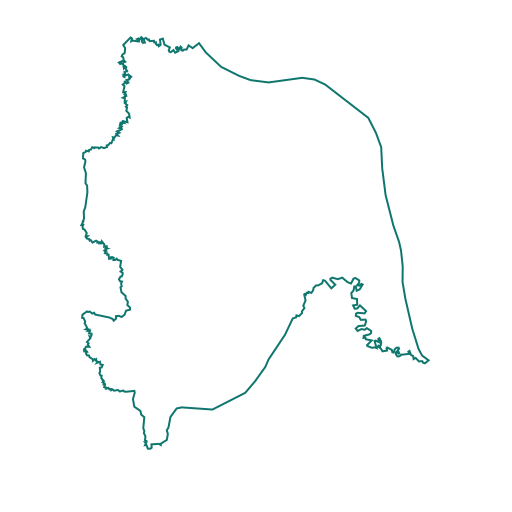 outline of Rattanawapi, Nong Khai, Thailand, rotated 97°
{"feature_id": "78962969B97368388626717", "entity_name": "Rattanawapi", "entity_type": "district", "adm_level": 2, "iso_a3": "THA", "parent_name": "Thailand", "parent_adm1": "Nong Khai", "projection": "mercator", "projection_center": [103.26, 18.207], "detail": "fine", "context": "isolated", "style": "outline", "palette": "teal", "viewbox_px": 512, "rotation_deg": 97, "n_neighbors": 0, "source": "geoboundaries", "source_scale": "gbopen_adm2", "svg_char_len": 6055}
<svg xmlns="http://www.w3.org/2000/svg" viewBox="0 0 512 512"><g transform="rotate(97 256 256)"><path d="M331.6,417.0L335.4,421.1L338.6,421.0L338.6,419.6L342.0,417.5L343.6,417.9L348.4,414.5L349.4,415.8L349.4,412.8L350.8,413.9L350.6,411.7L353.2,412.3L353.1,409.8L353.9,409.5L356.1,410.1L356.0,411.4L357.8,410.4L362.0,413.3L363.1,411.5L364.5,412.1L366.5,410.4L366.7,413.6L369.1,414.6L370.7,413.2L370.0,415.2L371.6,414.9L371.6,412.2L373.5,412.9L375.2,411.6L375.1,409.6L376.7,408.9L378.4,405.3L379.8,405.1L378.0,403.6L378.7,402.9L378.0,402.1L379.6,401.9L380.2,400.1L381.4,400.8L380.0,398.0L382.6,397.2L382.8,394.9L385.5,395.7L385.9,397.4L390.0,396.6L391.3,397.2L393.5,395.9L393.6,394.6L396.0,394.7L398.1,392.4L398.1,393.1L399.8,392.0L400.2,392.6L401.1,390.8L402.1,391.4L402.2,390.2L404.6,390.7L404.7,389.2L406.9,388.9L405.6,388.7L404.9,386.5L405.7,386.3L405.8,384.6L406.7,385.4L405.8,383.4L406.8,383.2L406.0,382.0L407.0,380.5L405.8,376.6L407.1,374.7L405.7,371.3L406.6,370.3L406.5,368.0L404.7,360.3L406.4,359.7L413.0,360.7L420.4,358.4L423.9,351.8L427.4,350.6L429.6,347.2L440.7,346.9L443.3,345.5L445.4,345.7L448.4,343.8L452.4,343.7L453.1,342.0L454.5,342.1L454.5,343.2L455.2,342.4L457.3,343.1L457.0,341.7L460.4,339.9L460.1,337.3L459.0,336.2L455.7,336.8L454.3,329.5L455.2,327.5L453.9,327.6L449.4,322.1L443.5,321.8L439.8,323.3L437.0,322.0L426.2,321.3L417.0,316.2L415.3,311.2L413.7,280.5L393.1,250.0L380.5,241.7L365.1,233.3L357.1,230.9L330.6,217.6L313.5,211.9L311.9,208.6L310.0,208.6L310.4,206.0L307.1,203.4L305.2,203.6L301.8,201.6L299.6,203.0L294.0,201.4L288.3,203.5L287.7,202.8L288.4,201.8L286.3,201.2L286.4,199.6L285.2,199.5L285.9,196.6L283.1,195.1L280.7,195.0L277.9,192.8L277.6,190.7L275.0,187.1L271.8,186.4L272.1,184.5L278.9,177.3L274.8,173.8L270.7,179.2L269.6,179.4L268.2,177.7L269.0,171.9L267.0,167.8L270.8,161.9L271.7,158.3L266.7,156.5L265.7,154.8L267.7,150.5L270.0,150.4L272.8,152.1L272.8,149.8L270.9,148.0L271.3,146.7L276.4,149.0L278.2,151.8L274.2,153.3L274.2,154.7L278.4,155.0L281.2,156.9L286.0,155.6L286.4,150.5L292.0,149.6L293.2,153.6L296.3,151.6L295.8,149.2L292.4,146.8L297.3,140.0L299.7,141.2L300.0,148.3L301.1,149.7L303.2,149.6L304.1,146.1L306.6,144.2L305.8,139.6L307.5,138.7L311.8,139.6L313.0,145.7L315.9,148.2L318.0,146.0L315.7,142.4L315.9,139.0L314.1,137.2L316.4,132.5L318.5,132.4L319.9,133.7L322.1,139.3L324.2,139.3L323.7,137.5L325.3,136.8L325.7,130.9L330.9,134.9L331.7,134.6L333.0,129.6L332.2,127.0L332.7,125.0L326.0,128.0L325.4,127.2L326.5,123.5L323.4,124.5L322.5,123.5L325.6,121.4L328.1,121.1L330.3,121.7L330.0,123.4L331.0,124.0L332.3,121.2L335.2,118.8L333.9,114.4L331.7,115.2L330.8,114.7L332.6,109.8L334.9,108.9L335.1,107.5L331.7,107.0L329.9,105.3L329.6,103.3L330.5,102.7L332.3,103.8L335.2,101.9L335.5,102.8L333.8,104.6L334.5,105.3L336.6,105.1L338.4,103.5L338.1,101.5L336.2,99.5L334.5,92.0L332.4,93.1L331.5,92.1L335.3,90.1L336.2,87.8L339.1,87.0L337.7,85.2L340.8,81.4L340.1,78.2L341.7,76.9L341.9,75.2L338.5,72.0L334.6,79.0L328.5,83.3L309.0,92.1L280.3,102.5L263.9,107.4L248.5,109.1L233.0,112.7L224.6,115.7L209.0,123.4L179.7,134.8L153.7,141.4L132.7,145.0L119.3,151.9L105.2,161.4L77.4,208.2L73.7,219.5L73.5,231.8L82.2,264.7L82.1,282.8L79.3,294.6L72.5,313.7L60.0,330.7L51.7,338.5L57.4,344.2L55.2,348.6L59.5,350.0L59.9,352.6L61.2,353.8L60.8,355.2L58.2,355.3L57.4,356.4L60.1,357.4L58.2,359.5L58.5,360.5L59.4,360.9L62.2,358.2L64.1,361.0L61.7,363.0L64.1,365.5L63.7,367.0L62.3,367.7L59.5,366.9L57.4,372.6L51.6,375.0L52.9,377.7L58.1,376.4L59.6,378.1L58.1,378.7L58.7,379.9L57.7,381.2L56.1,381.4L56.4,383.0L54.8,383.5L55.7,387.8L54.1,388.7L54.6,389.7L53.0,391.8L54.4,394.0L57.7,392.3L58.2,394.3L56.9,395.5L53.6,395.3L52.8,396.6L54.9,397.5L54.4,399.1L55.2,400.5L56.4,398.4L57.4,398.4L57.2,404.5L58.1,406.0L55.2,405.6L54.4,407.1L62.8,413.5L65.6,411.2L70.6,411.1L72.4,413.2L74.3,413.6L74.9,412.1L77.9,411.1L79.1,409.5L79.8,411.0L78.5,411.9L80.7,415.7L82.0,414.2L80.5,412.5L81.5,413.0L81.5,411.3L85.5,410.1L83.4,409.2L84.4,407.7L86.0,408.3L88.8,405.8L88.3,407.0L89.5,409.0L91.7,407.8L92.1,409.8L94.0,409.5L94.4,408.4L93.1,408.5L91.5,404.9L93.3,401.7L94.3,402.4L92.8,403.8L96.2,403.3L97.1,405.8L99.5,403.8L100.6,405.4L98.2,407.9L99.9,407.0L102.1,409.1L103.5,407.2L109.6,407.8L109.2,405.5L112.5,406.6L110.9,405.3L112.9,404.2L115.1,407.3L115.4,405.4L119.3,405.1L118.6,403.8L120.5,404.4L121.9,402.2L123.7,403.3L124.3,402.1L127.7,402.4L130.2,399.3L133.9,398.3L133.4,399.7L134.7,401.2L138.9,399.9L138.3,404.7L139.3,405.1L140.0,403.9L140.0,404.7L141.7,405.2L141.2,406.0L140.1,405.4L140.2,406.7L143.3,407.1L144.0,405.2L145.6,407.2L145.8,404.9L146.6,404.6L149.2,409.1L150.3,406.7L151.6,409.4L153.3,407.6L153.2,409.7L155.9,411.0L155.6,412.5L157.9,411.5L157.9,412.3L161.7,413.3L161.6,414.7L164.1,416.2L164.4,417.6L166.0,417.2L167.4,420.0L166.8,423.0L168.4,424.9L167.6,425.6L167.9,429.5L168.6,429.6L168.0,431.8L170.4,432.8L171.1,434.6L172.5,434.7L172.2,437.5L173.5,437.8L174.9,440.0L180.2,439.6L181.1,437.4L182.9,436.8L188.9,437.5L194.6,434.9L204.6,434.1L206.7,432.2L213.5,431.1L228.5,431.4L232.6,432.4L239.6,431.3L242.6,431.7L242.6,432.9L243.2,431.7L246.5,433.0L246.2,431.3L248.0,431.8L250.2,431.1L250.5,429.5L253.9,426.8L256.9,427.4L256.8,425.6L258.2,427.0L259.3,426.0L259.5,423.8L261.0,423.0L260.3,422.0L262.6,419.9L260.3,416.6L261.1,414.8L261.9,415.0L261.4,412.9L262.5,413.1L262.2,410.6L260.4,410.7L263.0,407.9L265.3,407.9L264.5,405.4L265.9,405.0L266.6,406.8L266.8,404.7L267.6,406.4L269.0,405.3L269.3,407.0L270.4,405.9L271.6,406.2L271.6,403.9L272.9,403.8L272.7,402.5L276.7,401.5L276.1,399.3L274.9,399.7L274.6,398.5L275.1,397.0L277.4,397.0L277.2,395.4L275.6,393.9L276.7,393.0L277.3,389.3L283.3,389.5L286.0,386.9L287.9,388.5L288.9,386.4L290.0,386.1L292.6,386.7L293.0,388.0L295.8,389.2L297.7,387.8L297.7,385.9L299.9,386.5L302.3,385.6L303.5,386.7L308.4,385.1L311.6,380.5L314.0,380.3L317.0,377.6L320.4,377.7L322.6,374.7L324.5,374.4L326.1,378.3L330.3,379.3L332.9,382.0L332.1,384.9L332.8,387.7L335.1,387.2L337.6,389.3L336.0,390.6L334.9,394.3L333.7,408.5L332.0,409.8L333.1,411.6L331.4,414.2L332.1,415.9L331.6,417.0Z" fill="none" stroke="#0f766e" stroke-width="2"/></g></svg>